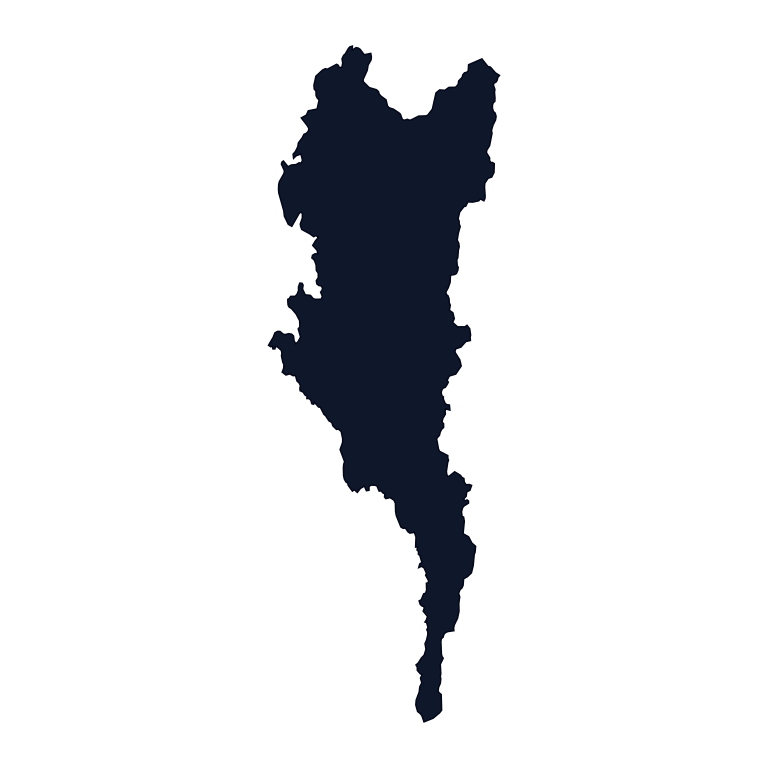 Jaú do Tocantins, Tocantins, Brazil
{"feature_id": "56859067B80023997915939", "entity_name": "Jaú do Tocantins", "entity_type": "district", "adm_level": 2, "iso_a3": "BRA", "parent_name": "Brazil", "parent_adm1": "Tocantins", "projection": "equal_earth", "projection_center": [-48.634, -12.857], "detail": "fine", "context": "isolated", "style": "filled", "palette": "ink", "viewbox_px": 768, "rotation_deg": 0, "n_neighbors": 0, "source": "geoboundaries", "source_scale": "gbopen_adm2", "svg_char_len": 6067}
<svg xmlns="http://www.w3.org/2000/svg" viewBox="0 0 768 768"><path d="M356.1,47.6L352.3,50.1L352.4,46.1L349.8,46.9L348.4,48.5L345.3,53.9L343.6,55.4L342.0,58.9L342.7,62.9L341.9,67.3L339.2,67.5L338.3,65.3L336.6,64.3L327.4,69.2L325.3,68.7L322.6,70.0L315.9,76.2L313.9,85.4L314.3,89.3L315.9,90.8L316.1,95.6L317.1,97.8L319.1,100.0L317.1,109.0L308.3,110.8L306.4,115.1L301.3,117.9L307.6,126.1L308.9,128.6L308.4,130.9L306.7,133.1L303.9,134.4L302.3,137.7L298.4,142.9L297.8,146.7L295.5,151.4L293.1,154.2L293.6,158.3L296.1,155.8L300.9,154.0L302.5,160.3L301.3,163.1L299.0,162.8L296.1,164.6L291.3,165.0L288.0,166.7L283.4,161.0L282.0,162.0L281.4,164.1L284.4,170.7L284.0,173.4L279.4,181.6L278.7,184.4L278.5,189.7L278.8,193.0L283.8,210.8L284.4,216.2L288.3,224.3L291.8,226.3L299.2,213.3L300.6,212.2L302.4,213.3L302.3,218.2L300.3,223.9L300.6,226.2L301.8,229.5L309.8,233.8L313.7,236.7L315.5,235.6L318.1,236.7L317.2,238.9L315.6,240.6L312.7,245.4L317.2,250.4L317.7,253.9L314.9,253.8L312.5,255.3L311.9,258.0L313.7,259.4L314.8,261.2L316.1,264.9L316.4,270.6L318.2,273.0L318.3,277.6L316.3,280.7L316.9,284.0L318.9,285.5L321.1,285.9L322.5,287.9L322.1,290.3L320.6,292.1L322.4,296.5L321.1,299.2L315.5,299.3L313.2,298.7L310.5,295.4L305.2,294.8L302.5,289.0L303.1,285.1L302.1,283.3L299.8,283.1L298.5,286.8L298.5,290.7L297.2,294.0L295.3,296.3L290.6,296.4L289.4,298.5L287.8,299.3L287.8,301.6L288.1,305.1L289.2,307.1L291.5,308.5L296.1,313.9L299.6,320.6L299.9,326.8L298.2,328.9L300.6,337.0L298.0,341.8L295.7,343.8L294.1,340.8L293.5,335.9L291.5,334.1L288.6,333.7L285.0,334.6L283.3,334.2L279.9,331.4L277.5,331.4L274.9,332.9L273.2,337.3L268.5,345.3L270.8,346.8L272.4,346.0L272.9,348.9L274.9,348.9L275.4,346.6L277.3,346.8L281.3,350.3L281.9,353.1L281.5,355.9L282.8,362.1L283.9,364.6L283.7,368.2L282.2,372.1L285.9,375.0L289.8,373.9L293.1,375.7L295.5,375.4L297.0,381.0L299.2,383.0L300.4,385.6L299.9,388.4L300.1,390.7L303.2,392.1L304.9,394.9L307.0,396.2L306.9,398.6L309.1,398.6L310.8,400.1L311.8,403.7L313.6,404.3L314.5,402.3L318.5,407.0L320.4,407.3L323.9,414.3L325.6,415.7L328.9,420.8L331.8,422.5L332.9,425.9L336.5,429.4L338.4,429.1L341.2,431.5L342.7,438.8L342.6,442.5L340.1,449.6L344.6,461.6L343.7,464.4L343.4,467.6L343.6,475.7L344.4,479.2L345.9,481.9L347.8,483.2L348.2,485.3L352.4,491.1L354.4,489.7L357.3,492.4L360.4,488.4L364.4,486.1L366.4,490.7L369.0,490.3L369.0,486.4L371.2,485.1L375.4,485.3L377.0,486.0L379.1,491.1L381.3,490.9L382.7,492.8L384.9,493.9L384.5,497.0L385.8,498.6L390.2,497.6L394.1,500.3L395.4,503.3L395.6,511.4L396.3,515.6L400.9,527.0L403.1,528.3L405.5,528.1L407.9,531.7L409.8,533.1L414.4,532.4L416.0,537.0L415.6,547.1L417.6,546.9L417.0,550.0L418.5,551.4L418.4,554.3L419.8,555.3L421.9,562.5L419.8,563.8L418.7,567.6L421.5,566.3L424.0,567.8L426.5,573.4L425.6,575.2L428.6,580.7L428.1,582.9L426.4,583.2L426.6,590.1L425.7,593.1L423.6,593.9L421.3,599.7L419.1,600.9L420.3,604.5L422.2,606.1L423.8,606.4L424.2,608.4L423.2,611.2L427.5,616.4L426.4,619.9L425.0,622.0L426.6,622.5L428.0,627.4L426.8,629.7L427.8,631.8L427.8,634.8L426.5,640.3L425.0,643.7L426.0,649.2L424.2,655.1L421.5,657.9L418.1,663.2L416.0,664.9L417.3,667.1L417.3,670.3L420.2,673.7L422.1,674.7L420.5,678.2L421.8,682.9L419.8,686.8L419.2,692.0L416.2,700.1L415.8,704.9L417.6,711.5L420.2,713.5L421.9,715.7L424.0,721.9L433.1,718.2L439.6,712.8L441.6,710.2L441.2,694.5L438.6,692.3L438.1,690.3L438.7,687.0L440.3,683.4L440.8,678.8L440.3,676.6L440.8,673.5L440.3,664.3L443.2,658.2L442.0,656.5L441.4,654.0L440.9,641.7L441.3,638.8L443.1,637.2L443.8,634.6L445.1,632.9L447.6,631.6L453.9,630.7L453.6,628.1L454.3,624.9L457.5,618.3L459.0,611.2L458.8,603.5L459.7,596.8L458.6,593.4L460.0,589.6L461.9,588.0L463.1,585.4L463.6,578.8L467.4,576.7L471.4,572.9L473.2,565.5L474.2,554.6L475.1,552.1L475.6,546.3L471.8,543.0L468.6,536.8L463.1,533.7L464.3,521.3L463.6,517.1L462.1,516.4L461.5,511.8L462.5,507.9L463.8,506.1L468.5,503.1L468.5,501.0L467.0,499.9L465.3,500.9L463.5,499.2L466.2,496.2L466.7,491.9L469.9,490.3L471.6,485.4L469.2,484.5L466.2,484.8L464.3,482.2L463.9,478.5L461.9,477.4L460.5,475.4L454.7,471.8L449.4,476.0L447.7,476.5L446.8,474.4L446.4,471.5L447.7,462.4L448.5,460.3L447.8,458.1L447.8,455.6L439.5,451.3L438.5,449.1L436.6,438.6L439.5,435.2L440.2,432.1L441.6,429.3L443.6,427.5L443.6,423.8L442.1,422.0L442.8,418.5L445.4,414.1L445.1,411.2L445.7,408.9L449.9,410.1L449.4,405.0L446.6,404.6L445.0,403.1L443.3,399.0L443.4,396.9L441.8,395.6L441.2,392.4L441.9,389.7L443.4,387.9L445.2,387.4L447.4,384.1L448.3,382.1L447.1,380.3L449.3,376.0L455.7,374.1L461.2,366.0L459.8,359.9L454.9,352.1L455.6,348.9L460.9,347.1L465.9,341.5L470.4,340.5L470.1,337.3L470.6,335.1L469.7,328.8L467.0,325.3L465.0,326.8L457.5,326.8L452.6,322.4L454.3,318.7L452.9,312.8L449.4,310.3L450.3,305.1L449.2,302.7L449.1,298.8L448.0,295.8L446.5,294.6L445.8,292.1L448.2,287.8L450.1,282.4L450.5,275.2L454.7,274.5L456.4,273.5L457.8,270.3L458.2,267.5L457.2,265.3L456.8,259.8L457.8,257.7L458.4,249.8L459.2,246.8L458.8,243.4L457.2,240.1L458.3,233.3L460.2,226.4L459.2,224.1L459.1,221.1L458.1,218.8L459.6,212.2L463.9,206.6L465.7,206.2L467.9,201.9L472.8,202.1L478.7,200.8L480.4,198.9L483.9,200.8L485.0,198.3L485.1,195.5L484.5,187.0L484.8,183.2L488.1,178.2L491.7,177.1L494.0,172.4L494.3,163.7L492.6,162.5L490.7,162.5L489.6,160.6L489.6,157.8L486.5,152.8L486.7,150.3L489.6,145.6L492.0,133.4L491.5,130.3L493.0,125.1L495.5,120.0L496.1,116.4L495.2,113.1L493.4,111.5L492.4,108.1L492.5,104.9L493.4,102.5L494.8,101.5L495.0,98.2L494.5,92.2L494.9,89.4L493.4,85.1L493.9,83.2L496.0,82.1L497.1,80.4L497.8,77.5L499.5,75.4L495.5,72.9L490.4,67.1L487.9,66.5L481.9,58.9L468.6,64.7L468.2,70.9L466.7,72.3L464.5,72.8L462.8,74.8L462.2,77.3L458.7,80.9L458.1,84.5L455.5,87.3L448.9,87.4L444.9,90.3L439.7,89.9L436.0,92.9L432.4,109.1L427.8,115.1L426.0,115.9L418.7,116.1L410.9,120.0L409.0,120.1L407.5,119.3L404.2,120.3L402.3,119.4L400.4,114.2L399.0,112.9L393.5,109.2L389.5,107.9L387.6,106.3L386.0,99.8L380.8,96.0L379.1,93.9L378.5,91.6L376.4,89.7L369.2,87.6L363.3,81.7L363.1,79.5L367.2,70.4L368.1,65.1L371.0,60.0L371.4,57.1L370.8,53.4L364.2,54.7L360.1,49.3L358.3,48.1L356.1,47.6Z" fill="#0f172a" stroke="#020617" stroke-width="1.5"/></svg>